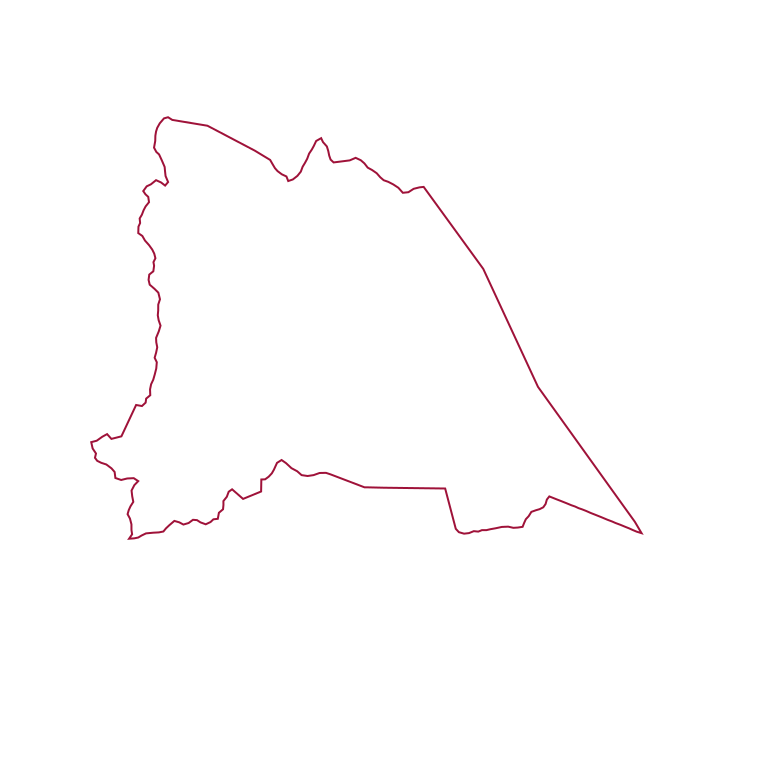 the district of Santa Brígida, Bahia, Brazil, rotated 196°
{"feature_id": "56859067B14033654686733", "entity_name": "Santa Brígida", "entity_type": "district", "adm_level": 2, "iso_a3": "BRA", "parent_name": "Brazil", "parent_adm1": "Bahia", "projection": "albers", "projection_center": [-38.139, -9.755], "detail": "fine", "context": "isolated", "style": "outline", "palette": "rose", "viewbox_px": 768, "rotation_deg": 196, "n_neighbors": 0, "source": "geoboundaries", "source_scale": "gbopen_adm2", "svg_char_len": 3117}
<svg xmlns="http://www.w3.org/2000/svg" viewBox="0 0 768 768"><g transform="rotate(196 384 384)"><path d="M586.4,165.0L581.5,166.8L577.9,168.7L575.3,171.5L571.6,174.8L564.7,177.5L559.5,179.3L555.4,181.4L553.8,185.1L551.5,189.0L547.8,194.6L542.7,194.6L538.1,193.6L533.5,196.5L530.2,200.8L526.2,201.6L522.3,200.4L516.7,200.0L512.7,203.5L510.7,206.9L506.6,208.6L507.2,214.7L504.2,219.2L505.0,223.5L506.1,227.2L504.0,232.3L503.6,237.6L501.0,240.9L487.8,234.7L472.5,246.8L475.6,258.4L472.0,259.6L469.3,263.1L467.2,267.2L466.2,271.3L465.1,278.7L461.5,282.7L456.3,280.9L449.8,277.6L443.4,276.2L438.1,273.7L432.1,274.5L426.6,277.0L421.4,280.7L415.3,282.6L410.5,282.4L374.2,279.3L370.3,280.4L355.4,284.3L332.3,290.6L308.9,297.0L296.4,300.4L275.1,264.6L271.2,262.2L265.8,262.2L261.2,264.1L257.1,267.3L252.7,268.1L249.6,270.5L245.2,271.8L241.6,273.8L236.9,276.1L231.3,279.1L225.3,281.1L220.0,281.4L215.8,282.9L211.4,284.9L211.0,289.0L210.4,293.1L208.5,296.8L207.1,301.7L203.2,304.5L199.9,306.6L196.9,309.4L195.6,313.2L195.6,317.8L194.1,321.5L190.1,321.1L186.2,320.7L181.7,320.3L175.7,319.7L170.4,319.1L166.6,318.9L162.8,318.3L159.0,318.1L154.8,317.7L149.7,317.0L144.5,316.5L138.5,315.9L131.8,315.1L126.8,314.7L123.1,314.2L117.9,313.8L112.6,313.2L108.6,312.8L104.6,312.2L100.4,311.7L95.3,311.6L104.9,320.7L119.5,332.2L201.3,396.9L235.2,423.7L320.3,522.0L400.2,584.4L404.1,582.8L409.3,579.8L413.4,575.1L418.6,573.0L424.3,576.6L430.1,578.4L435.6,579.5L440.5,579.8L444.6,581.7L449.1,584.6L454.4,586.4L459.3,587.5L463.7,590.7L468.0,592.7L473.6,593.6L478.6,589.5L493.5,583.1L497.2,585.0L499.6,588.4L501.8,592.6L504.4,596.6L509.3,599.7L512.2,603.0L516.2,598.9L517.1,593.4L518.0,589.5L519.5,584.8L519.9,579.4L520.9,574.8L522.1,570.4L522.5,565.2L524.6,560.2L528.0,555.5L532.0,552.7L535.0,556.6L540.0,557.4L545.0,559.3L548.3,561.4L552.0,564.9L555.2,568.0L572.5,572.7L624.9,583.6L660.3,579.5L665.1,580.9L668.7,578.7L671.4,572.8L672.6,567.7L672.7,563.8L672.2,559.6L670.9,554.6L670.2,547.8L666.8,544.3L663.5,542.7L659.1,537.6L654.7,532.2L653.1,528.1L651.3,523.7L647.2,518.6L649.1,514.4L653.9,516.3L659.3,517.1L663.1,511.7L666.6,508.6L668.6,503.1L665.6,500.6L662.2,498.9L660.0,494.0L662.1,489.0L663.0,484.7L663.4,480.0L664.5,475.8L662.8,471.5L663.4,467.6L661.8,461.3L657.1,459.7L653.3,456.0L648.1,452.7L643.8,449.3L640.8,446.0L638.4,441.9L639.2,437.6L637.6,434.3L636.8,428.8L639.8,424.5L639.0,419.2L636.6,414.9L630.8,412.2L626.1,409.6L622.7,403.7L622.9,398.1L621.3,392.4L620.4,387.7L618.2,383.2L614.9,378.5L615.0,372.5L615.8,365.5L614.4,361.3L612.1,356.8L611.7,351.3L611.7,346.0L608.4,342.3L607.2,336.2L607.0,330.0L607.0,324.5L607.8,319.6L607.4,314.3L605.6,308.8L608.6,304.4L608.0,300.4L610.6,296.1L616.5,295.5L622.0,261.3L630.9,256.1L636.4,259.5L640.3,255.6L644.5,250.3L649.4,247.4L646.3,241.7L641.7,237.8L641.5,233.4L638.5,231.1L634.1,230.3L628.7,230.1L622.7,227.8L618.7,225.2L616.3,219.6L610.2,219.3L604.8,222.4L598.6,224.5L593.5,222.9L596.1,218.0L597.3,212.0L595.1,206.7L592.5,201.6L594.0,196.5L594.6,192.4L594.6,188.2L591.1,184.6L588.1,179.5L586.5,174.0L584.7,170.1L586.4,165.0Z" fill="none" stroke="#9f1239" stroke-width="2"/></g></svg>